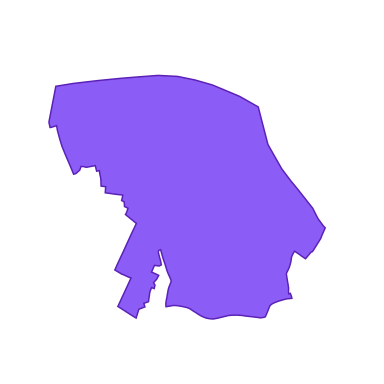 Tay Ho, Ha Noi, Vietnam, rotated 343°
{"feature_id": "81297802B85279913761146", "entity_name": "Tay Ho", "entity_type": "district", "adm_level": 2, "iso_a3": "VNM", "parent_name": "Vietnam", "parent_adm1": "Ha Noi", "projection": "natural_earth1", "projection_center": [105.817, 21.069], "detail": "fine", "context": "isolated", "style": "filled", "palette": "violet", "viewbox_px": 384, "rotation_deg": 343, "n_neighbors": 0, "source": "geoboundaries", "source_scale": "gbopen_adm2", "svg_char_len": 3474}
<svg xmlns="http://www.w3.org/2000/svg" viewBox="0 0 384 384"><g transform="rotate(343 192 192)"><path d="M308.9,265.3L307.6,262.6L304.8,254.6L304.2,251.6L302.7,242.8L293.8,220.0L289.7,210.1L284.6,196.1L278.5,168.8L280.2,130.0L265.4,114.4L242.8,95.6L227.7,85.8L223.1,83.3L211.9,77.2L202.8,73.9L193.7,70.6L175.1,66.4L156.8,62.4L133.9,57.8L110.3,53.5L92.7,51.1L75.7,83.1L75.5,84.2L75.2,87.8L75.1,88.2L75.1,88.8L75.9,89.0L81.9,89.0L81.6,91.5L81.3,93.6L81.0,102.5L81.0,110.2L81.9,120.0L83.2,132.0L84.0,140.4L86.4,140.4L91.0,138.3L93.4,135.1L96.1,136.2L98.2,137.5L107.2,138.5L106.9,144.2L109.7,144.5L109.2,147.0L108.7,152.6L106.8,159.8L111.0,161.7L108.8,167.4L115.7,170.6L118.2,171.8L124.2,174.4L124.9,174.8L124.7,175.3L122.2,179.6L124.3,181.6L123.2,186.2L126.1,188.8L125.2,189.9L124.5,191.0L123.3,192.6L122.1,193.8L121.8,194.0L122.2,194.7L129.6,205.8L122.0,214.1L109.3,228.4L99.3,239.5L95.4,244.0L100.8,250.0L102.3,251.1L106.5,254.9L108.6,256.3L104.1,261.4L87.6,279.8L88.7,281.0L99.1,293.3L101.7,296.2L106.9,288.6L113.4,288.1L113.4,284.4L118.3,284.2L122.5,275.2L125.4,271.6L127.6,273.3L129.4,270.2L128.7,267.5L132.7,265.1L135.8,262.0L132.7,259.1L129.9,256.8L134.6,251.2L139.1,253.2L141.4,252.7L141.8,248.9L141.9,244.7L142.0,242.6L142.2,239.5L142.4,239.1L143.0,238.5L143.5,238.0L145.1,238.0L144.9,247.8L145.0,249.8L145.1,252.5L145.1,253.4L145.1,258.1L145.1,260.2L145.3,262.9L145.7,265.9L145.8,266.9L146.0,268.5L146.1,269.2L146.1,269.8L146.0,271.1L145.9,271.4L145.5,272.0L143.9,274.0L143.2,274.9L142.5,275.7L141.0,277.9L139.6,280.5L138.5,282.7L137.5,284.8L137.0,285.7L135.6,288.3L135.0,289.6L134.4,290.9L133.7,293.5L133.6,294.1L135.7,294.4L138.0,294.7L138.6,294.8L139.0,294.8L139.7,294.9L140.1,294.9L140.5,295.0L141.1,295.1L144.3,296.2L145.7,296.9L146.2,297.1L146.5,297.2L147.8,298.0L148.3,298.2L148.7,298.4L149.3,298.7L149.9,299.0L150.5,299.4L150.9,299.6L151.5,299.9L151.9,300.2L152.4,300.5L153.2,300.9L154.1,301.6L155.1,302.4L155.6,302.8L157.7,305.3L158.4,306.2L158.6,306.5L160.1,308.1L161.0,309.2L161.1,309.4L161.3,309.6L162.0,310.5L163.3,311.9L165.0,313.7L166.3,314.8L167.5,315.8L168.4,316.5L169.0,316.9L169.7,317.3L170.4,317.6L171.1,318.0L171.3,318.1L172.0,318.4L172.7,318.7L173.0,318.8L174.6,319.5L175.9,319.7L177.0,319.9L180.1,320.2L180.6,320.2L181.3,320.3L182.3,320.3L184.0,320.4L185.1,320.5L186.2,320.5L187.3,320.6L188.7,320.7L189.1,320.7L189.7,320.7L190.8,320.8L191.4,320.9L191.7,321.0L192.5,321.2L193.8,321.4L196.6,322.2L198.1,322.6L199.3,323.0L200.6,323.5L201.0,323.7L202.5,324.2L203.5,324.6L204.1,324.9L204.7,325.1L205.9,325.8L206.1,325.9L210.7,327.9L211.8,328.4L212.9,328.8L214.6,329.6L216.6,330.5L218.5,331.3L218.9,331.5L219.6,331.9L220.8,332.4L224.2,332.9L224.9,332.9L225.7,332.7L228.1,329.9L232.5,324.5L233.2,323.6L235.2,322.6L236.2,322.4L236.9,322.2L238.4,322.0L241.1,321.8L242.4,321.7L246.0,321.7L247.4,321.7L248.7,321.8L250.3,321.8L251.9,322.0L256.4,322.9L256.6,321.1L256.4,317.7L255.2,317.7L254.9,317.8L254.9,316.9L255.0,316.3L255.1,315.7L255.8,313.6L256.1,312.7L256.4,311.8L256.4,311.3L256.7,309.5L257.7,301.7L258.0,299.9L258.2,298.2L258.5,297.6L258.8,297.1L259.1,296.7L261.1,294.7L262.2,293.4L263.0,292.5L263.5,291.8L263.9,291.1L264.8,289.9L266.1,287.7L268.0,283.7L268.8,282.5L271.1,280.0L272.2,279.1L272.8,278.6L275.9,282.4L276.9,283.7L277.9,285.1L279.4,287.0L280.3,288.1L281.0,289.0L281.5,288.7L286.9,285.2L287.6,284.7L288.2,284.3L289.2,284.4L290.7,283.5L301.4,274.2L304.1,270.8L308.9,265.3Z" fill="#8b5cf6" stroke="#5b21b6" stroke-width="1.5"/></g></svg>